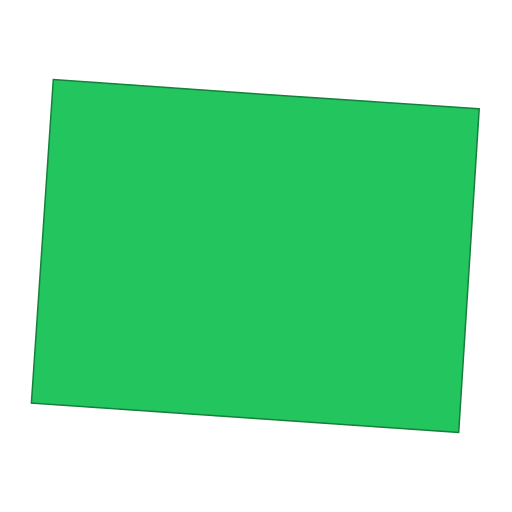 outline of Monroe, Iowa, United States of America, rotated 4°
{"feature_id": "52423323B33016719022729", "entity_name": "Monroe", "entity_type": "district", "adm_level": 2, "iso_a3": "USA", "parent_name": "United States of America", "parent_adm1": "Iowa", "projection": "orthographic", "projection_center": [-92.869, 41.03], "detail": "fine", "context": "isolated", "style": "filled", "palette": "green", "viewbox_px": 512, "rotation_deg": 4, "n_neighbors": 0, "source": "geoboundaries", "source_scale": "gbopen_adm2", "svg_char_len": 235}
<svg xmlns="http://www.w3.org/2000/svg" viewBox="0 0 512 512"><g transform="rotate(4 256 256)"><path d="M255.0,94.2L41.5,94.1L42.2,418.4L470.5,417.9L468.4,93.6L255.0,94.2Z" fill="#22c55e" stroke="#15803d" stroke-width="1.5"/></g></svg>